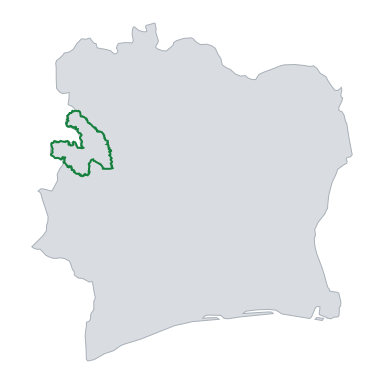 Bafing, Bafing, Ivory Coast shown in context
{"feature_id": "98640826B37750272367318", "entity_name": "Bafing", "entity_type": "district", "adm_level": 2, "iso_a3": "CIV", "parent_name": "Ivory Coast", "parent_adm1": "Bafing", "projection": "albers", "projection_center": [-7.651, 8.455], "detail": "fine", "context": "in_parent", "style": "outline", "palette": "green", "viewbox_px": 384, "rotation_deg": 0, "n_neighbors": 0, "source": "geoboundaries", "source_scale": "gbopen_adm2", "svg_char_len": 8980}
<svg xmlns="http://www.w3.org/2000/svg" viewBox="0 0 384 384"><path d="M64.3,52.9L65.9,52.9L69.9,51.7L73.5,49.0L77.0,43.4L81.5,38.9L86.7,39.2L88.2,38.4L90.1,38.2L92.2,41.2L94.4,43.5L96.0,43.5L97.1,47.8L106.5,49.6L110.6,50.7L114.0,53.9L115.2,53.9L116.6,53.3L117.7,52.2L118.0,51.0L116.5,48.2L117.1,45.6L118.6,43.4L121.1,43.2L124.7,42.6L128.9,42.6L132.1,43.0L133.3,40.7L132.1,34.3L132.4,30.8L132.9,27.9L134.1,26.7L138.7,30.4L143.0,31.7L146.1,31.8L146.9,31.1L145.6,27.1L146.0,25.8L147.1,25.1L149.1,24.7L154.6,23.0L155.1,23.4L156.2,29.7L155.7,31.8L156.9,36.2L158.3,40.2L158.2,41.8L157.0,44.3L155.7,46.6L155.8,47.5L158.0,49.1L162.2,50.7L166.5,51.0L168.9,48.7L171.4,46.8L173.1,45.1L173.7,42.5L176.4,40.7L184.2,38.3L191.4,37.9L193.1,38.7L196.4,42.2L200.5,44.6L206.8,44.2L211.3,45.6L215.3,48.3L218.0,54.3L220.9,58.6L222.2,64.8L226.8,68.0L230.3,69.4L235.2,73.9L240.3,76.1L245.4,75.6L247.9,77.9L251.8,79.5L255.6,79.6L259.0,74.4L263.5,72.3L274.8,68.1L279.3,66.2L283.8,64.9L294.8,64.5L305.0,65.6L310.0,66.5L313.5,65.8L316.8,68.2L320.2,73.3L323.0,74.9L325.9,76.7L328.0,80.7L330.6,84.7L331.9,86.5L335.0,90.4L337.7,90.5L340.2,88.7L341.3,87.4L341.9,90.0L340.9,94.3L341.1,96.9L342.6,97.9L341.8,101.3L338.9,107.2L338.9,110.6L341.9,111.6L344.1,115.2L345.5,121.4L346.8,123.5L346.9,124.7L349.3,139.7L352.2,154.8L350.5,156.8L348.1,157.4L346.6,158.1L346.2,159.5L347.2,161.5L346.6,163.4L343.7,164.8L337.4,169.6L337.0,171.5L335.4,175.7L334.0,178.2L332.0,182.8L328.8,195.1L327.7,205.2L327.6,208.3L326.3,210.5L324.9,213.7L318.1,222.4L314.7,229.6L315.2,232.6L315.4,235.7L314.3,238.0L314.6,244.0L315.5,249.0L316.8,253.9L322.0,267.7L324.7,276.1L326.4,282.9L327.9,287.5L329.3,289.3L329.8,291.1L337.3,292.3L338.8,293.2L340.9,302.1L340.6,306.1L339.2,307.6L339.3,311.0L339.0,315.3L337.9,316.9L333.7,317.2L330.9,318.8L327.1,318.2L326.8,317.2L324.8,316.9L319.2,314.5L320.0,306.8L317.4,306.5L315.5,307.5L311.6,316.8L309.8,318.5L282.1,314.0L276.0,310.2L268.8,309.4L256.3,309.9L245.9,311.2L243.0,313.5L269.1,311.9L271.9,312.2L273.2,313.6L240.2,316.9L227.6,318.8L223.9,318.3L221.1,315.4L207.4,315.1L204.6,316.1L202.9,318.3L208.3,317.8L216.8,317.6L219.1,319.3L192.5,321.6L174.0,325.8L166.2,329.0L140.5,339.2L124.8,344.0L120.6,345.7L113.5,350.7L104.3,353.8L94.0,359.7L87.7,361.0L86.3,359.1L86.1,349.3L85.2,336.1L85.6,331.0L86.4,326.3L86.4,322.4L89.5,320.9L90.4,319.2L90.8,314.1L93.8,309.4L93.8,301.3L94.7,299.6L95.3,297.5L94.1,292.1L92.5,282.1L91.7,281.4L91.0,281.8L89.3,282.0L82.9,278.6L77.9,277.9L74.4,275.0L74.2,271.6L72.5,269.6L71.3,265.7L69.5,261.2L64.6,258.5L60.0,257.8L56.7,258.4L52.9,258.2L48.5,256.7L45.5,255.0L42.6,251.7L39.9,249.1L37.8,249.4L35.2,248.8L32.7,247.6L31.8,246.7L42.5,236.2L46.2,231.1L46.6,228.0L46.6,224.9L47.8,221.6L48.1,216.7L42.2,198.8L40.7,193.2L39.1,191.6L38.1,191.0L41.1,188.7L45.2,189.3L51.5,191.1L52.9,189.3L57.7,180.3L57.5,176.9L57.1,174.6L59.9,168.4L62.1,166.0L63.2,163.4L62.9,159.9L61.2,158.6L59.0,158.8L56.4,158.0L52.4,155.9L50.3,154.1L51.0,146.0L51.3,143.4L52.8,142.0L55.0,141.6L61.2,141.3L66.2,142.3L70.6,142.8L73.0,142.8L74.9,145.2L77.5,147.7L79.7,147.7L80.5,145.9L80.0,137.8L78.5,133.5L75.1,129.4L66.3,125.9L66.1,121.0L67.0,115.6L68.9,113.7L75.4,110.3L74.3,108.5L72.2,106.5L68.1,104.6L69.0,98.2L69.2,92.5L65.8,93.2L62.2,93.5L59.2,91.7L56.6,88.3L56.2,78.8L56.2,67.8L55.7,63.0L56.7,60.4L59.8,58.0L63.1,54.9L64.3,52.9ZM323.6,318.4L322.2,320.5L315.1,319.3L316.8,317.5L323.6,318.4Z" fill="#d9dde1" stroke="#a8b0b8" stroke-width="1"/><path d="M78.5,110.9L77.9,111.3L76.3,110.8L74.6,110.9L74.2,111.0L73.6,111.5L73.1,111.6L72.4,110.9L72.1,111.2L71.9,112.2L71.3,113.0L69.7,113.0L69.3,114.1L67.3,115.7L67.3,116.0L67.8,116.9L67.6,117.6L68.1,118.1L68.1,118.3L67.6,118.7L67.1,119.5L67.7,119.7L68.4,120.5L68.4,120.8L67.4,121.3L67.1,122.7L66.2,122.6L66.1,122.9L66.2,124.1L66.9,125.2L66.9,125.9L67.5,126.1L68.1,126.8L69.4,126.7L69.8,126.1L70.7,125.9L71.2,126.0L71.6,126.8L72.2,126.7L72.8,126.9L73.3,127.7L74.1,127.2L74.7,127.2L75.1,127.3L75.5,126.9L75.8,126.9L76.0,127.1L76.0,127.5L75.3,128.7L75.3,128.9L76.1,129.2L77.7,129.1L77.6,129.4L77.8,130.0L77.6,131.3L78.8,132.8L79.1,133.0L80.3,133.2L81.6,135.0L81.5,135.3L80.5,136.6L80.0,137.6L80.0,138.3L81.9,141.1L82.0,141.5L81.9,142.0L81.9,142.6L81.3,143.3L81.5,144.3L81.3,144.7L81.2,145.1L81.6,145.6L81.9,146.1L82.4,146.6L82.7,147.3L83.3,147.8L82.8,148.0L82.6,147.9L82.2,148.1L82.0,147.8L81.7,147.7L81.3,148.0L80.8,147.7L80.4,148.0L78.8,147.7L78.1,147.9L77.7,147.8L77.1,146.7L77.1,146.3L76.6,145.6L76.6,145.2L76.1,144.5L76.0,144.0L75.6,142.9L74.9,142.5L74.8,142.2L74.1,142.3L73.6,141.7L73.3,141.8L73.2,142.2L73.3,142.5L72.9,142.7L73.3,144.4L72.9,145.1L72.6,145.3L72.0,145.3L70.9,145.5L70.5,145.5L70.4,145.3L70.5,145.0L70.2,144.7L69.8,144.7L69.4,144.5L69.0,144.6L69.1,143.9L68.5,143.9L68.5,143.7L68.6,143.3L69.0,143.2L69.1,142.9L68.6,142.2L68.7,141.9L68.1,141.5L67.7,141.0L67.1,141.3L66.2,141.2L65.5,141.4L65.3,141.9L64.3,141.7L63.8,141.8L63.1,141.5L62.1,141.5L60.9,140.9L60.3,141.3L59.8,141.3L59.3,141.7L59.1,142.1L58.5,142.3L58.2,142.0L57.5,142.1L57.3,141.8L57.1,141.7L56.6,142.1L56.4,142.2L56.2,141.6L55.5,141.6L55.2,141.2L54.4,141.1L54.1,141.2L53.6,142.5L52.8,143.1L51.7,142.9L51.5,143.2L51.3,143.8L51.3,145.5L51.9,146.3L51.8,146.8L52.6,148.5L52.7,149.1L52.2,150.6L52.3,151.1L52.3,151.4L52.6,151.9L52.5,152.8L52.2,153.2L51.5,153.6L51.0,154.7L51.2,155.4L52.9,156.1L53.8,156.7L54.7,157.9L56.1,158.2L57.6,157.8L58.5,158.2L59.1,158.2L59.7,158.6L60.5,159.4L61.2,159.5L61.4,159.4L61.3,158.7L61.6,158.3L61.9,158.1L62.7,158.4L62.5,157.7L62.5,157.3L62.8,157.1L63.3,158.1L63.7,158.2L64.0,158.0L64.5,157.5L64.9,157.3L65.2,157.6L64.6,158.8L64.4,160.3L64.6,161.2L64.3,161.5L63.9,161.6L63.6,162.0L63.6,162.4L63.9,162.8L64.6,162.8L65.4,163.3L66.3,164.9L67.2,165.5L67.1,165.8L67.3,166.7L67.7,167.0L68.3,166.8L68.3,167.0L68.6,167.0L68.8,167.3L69.7,166.9L69.7,166.4L70.0,166.6L70.4,166.4L70.4,166.5L71.3,166.6L71.4,166.8L71.4,167.6L71.7,167.8L71.5,168.3L71.8,168.4L72.0,168.9L71.7,169.2L71.8,170.0L72.0,170.0L72.2,169.8L72.6,170.1L73.1,170.0L73.5,170.7L73.9,170.9L74.2,170.7L74.4,171.1L74.2,172.0L74.5,172.0L75.0,172.3L75.2,172.5L75.2,172.9L75.6,173.1L75.8,173.4L76.1,173.6L77.5,173.9L78.0,173.7L78.3,173.9L79.0,173.6L79.3,174.0L79.0,174.2L79.3,174.7L79.5,174.9L80.1,174.7L80.0,175.2L80.3,175.6L80.6,175.8L81.2,175.3L82.0,176.1L82.4,175.8L82.8,176.1L83.1,176.0L83.5,175.6L84.0,175.6L84.2,175.3L84.0,175.1L84.0,174.8L84.4,174.4L85.1,174.6L85.3,174.2L85.6,174.5L85.5,174.8L85.7,175.0L86.2,175.1L86.5,175.0L86.8,174.7L87.2,174.6L87.1,174.4L87.7,175.0L87.9,174.6L88.4,174.6L88.7,174.2L88.9,173.8L88.7,173.7L89.1,173.3L89.2,172.7L88.8,172.5L88.7,172.2L89.1,171.9L89.6,171.9L89.6,171.7L89.3,171.2L88.9,171.1L88.7,170.9L89.1,169.7L89.0,169.4L89.1,169.1L89.0,168.9L89.0,168.1L89.2,167.9L89.3,167.4L89.3,167.0L89.2,166.7L89.4,166.5L89.5,166.1L89.5,165.6L89.2,165.4L89.2,165.1L88.8,164.7L88.9,164.3L88.8,163.8L89.0,163.4L90.0,162.6L90.4,162.1L90.6,161.4L90.6,161.0L91.3,159.9L92.2,159.5L93.1,159.5L93.3,159.4L93.6,160.1L93.5,160.4L93.7,160.5L93.8,160.9L94.8,161.1L95.3,161.3L95.6,161.7L97.3,162.6L97.9,163.0L98.7,163.3L99.5,164.0L99.7,163.9L99.8,164.1L100.7,164.3L101.2,165.2L101.9,165.8L102.1,166.3L102.7,167.1L102.8,168.1L102.8,168.3L103.1,168.3L103.0,168.5L103.2,168.8L110.0,168.8L112.7,168.2L112.5,167.5L111.7,166.8L111.6,166.4L112.0,165.9L112.0,165.7L111.8,165.2L111.3,165.2L111.1,164.0L110.7,163.3L111.0,163.0L111.8,162.5L112.1,161.9L111.3,160.6L110.8,160.1L110.6,159.9L110.8,158.9L111.4,158.8L111.7,158.4L111.6,158.1L111.1,157.9L111.0,157.3L110.5,156.6L110.2,156.3L110.2,156.0L109.7,155.7L109.2,155.2L109.3,155.0L110.3,154.5L110.5,154.2L110.1,152.4L109.1,151.8L109.2,151.5L109.5,151.3L110.0,151.4L110.9,151.1L111.1,151.0L111.1,150.5L110.8,150.3L110.3,149.7L109.6,149.4L109.4,149.1L108.9,149.2L108.7,149.0L108.8,148.3L109.4,148.0L109.3,147.7L108.7,147.5L108.4,147.3L108.3,146.6L108.6,146.0L108.4,145.5L108.3,145.0L108.1,144.8L107.6,144.6L108.0,144.5L107.9,143.7L107.4,143.5L107.2,143.0L107.4,142.8L107.9,142.5L107.7,141.5L107.8,141.1L107.4,141.0L106.8,140.5L105.6,140.2L105.3,139.9L105.0,139.2L105.0,138.6L104.4,138.2L104.7,137.8L104.8,137.5L104.6,137.1L104.2,136.8L104.1,136.3L103.9,136.1L103.8,135.4L104.1,135.2L103.8,134.8L103.7,134.4L103.1,134.0L102.9,133.4L102.7,133.1L102.4,133.0L102.1,132.5L101.8,132.4L101.5,132.0L100.7,131.8L100.0,131.5L99.9,131.7L99.6,131.7L99.3,131.8L99.2,131.7L98.4,131.7L98.1,131.2L97.9,131.3L97.9,131.5L97.3,131.6L97.0,131.4L96.9,131.0L97.2,130.9L96.8,130.4L97.1,130.0L96.8,129.7L96.6,129.7L96.3,129.2L96.2,128.8L96.0,128.7L95.9,128.3L95.4,128.3L95.2,128.5L95.0,128.1L95.5,127.8L95.4,127.6L94.4,127.3L94.1,127.5L93.8,127.1L92.5,126.3L91.6,125.0L89.8,123.4L89.5,123.2L89.4,123.4L89.2,123.2L88.3,122.9L88.2,122.8L88.2,122.6L87.8,122.4L87.5,121.5L87.6,120.9L86.6,119.9L86.9,119.7L87.0,119.5L86.7,119.2L86.3,119.1L86.3,118.4L86.0,118.3L85.7,118.3L84.1,117.1L82.7,116.7L82.5,116.3L82.2,116.4L81.8,116.6L80.8,116.3L80.5,115.6L80.5,114.3L80.2,113.3L80.2,112.4L79.7,111.6L79.0,111.1L78.5,110.9Z" fill="none" stroke="#15803d" stroke-width="2"/></svg>